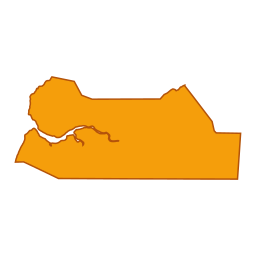 outline of Mbini, Litoral, Equatorial Guinea
{"feature_id": "11065452B69337055746076", "entity_name": "Mbini", "entity_type": "district", "adm_level": 2, "iso_a3": "GNQ", "parent_name": "Equatorial Guinea", "parent_adm1": "Litoral", "projection": "mercator", "projection_center": [9.733, 1.591], "detail": "fine", "context": "isolated", "style": "filled", "palette": "amber", "viewbox_px": 256, "rotation_deg": 0, "n_neighbors": 0, "source": "geoboundaries", "source_scale": "gbopen_adm2", "svg_char_len": 4655}
<svg xmlns="http://www.w3.org/2000/svg" viewBox="0 0 256 256"><path d="M240.6,133.3L216.2,132.9L214.2,130.8L212.1,121.5L192.8,96.2L184.9,86.0L184.9,85.1L184.3,85.3L182.5,86.2L182.4,86.2L182.3,86.3L181.7,86.9L180.9,87.0L180.7,87.0L180.4,87.2L179.3,88.6L178.2,89.9L177.2,90.1L176.3,90.7L175.7,90.5L175.3,89.8L175.2,89.7L174.9,89.5L173.2,89.0L172.9,89.0L172.7,89.0L171.1,89.9L170.9,90.0L169.0,91.6L167.3,93.0L165.7,93.8L164.9,94.2L164.3,94.5L164.2,94.5L160.2,99.0L92.1,99.2L81.7,95.3L74.2,81.4L51.9,76.9L51.8,77.0L50.9,78.4L50.4,79.4L50.1,79.9L49.7,80.3L49.0,80.5L48.5,80.6L47.7,80.6L47.0,80.7L45.9,81.3L45.5,81.9L44.9,82.7L44.5,83.4L44.2,84.2L43.4,85.1L42.7,85.6L42.4,86.0L41.3,86.2L40.3,86.3L39.5,86.3L39.0,86.5L38.4,87.3L38.1,87.9L38.0,88.4L37.8,88.7L37.3,88.5L36.9,88.5L36.6,88.9L36.3,89.6L36.1,90.5L35.4,91.4L34.8,92.1L34.4,92.9L34.1,93.3L33.5,93.6L32.8,93.8L31.9,94.1L30.9,95.0L30.4,95.9L30.0,96.7L30.1,97.5L30.3,98.2L30.5,99.1L30.3,99.8L30.1,100.5L30.2,101.7L30.4,103.0L30.3,103.7L30.3,104.5L30.1,105.4L29.8,106.6L29.9,107.7L29.4,109.1L29.0,109.8L28.8,110.4L28.8,111.5L28.8,112.3L28.6,113.2L28.5,113.9L28.6,114.5L29.2,114.8L29.8,114.7L30.4,114.8L30.7,115.2L31.0,115.8L31.4,116.9L31.7,117.7L31.9,118.2L32.2,118.6L32.6,119.3L32.8,119.7L33.5,119.8L34.3,120.2L35.4,120.9L36.0,121.8L36.1,122.3L36.7,123.7L37.2,124.6L37.7,125.3L38.0,126.1L38.1,127.2L38.0,128.1L38.1,128.5L38.9,129.5L39.8,130.2L41.3,131.2L42.2,131.6L43.1,132.3L45.0,133.2L47.2,134.5L48.5,134.8L49.8,135.3L51.3,135.7L52.5,136.1L53.3,136.0L54.4,136.0L55.6,136.9L56.8,137.5L58.5,137.5L59.8,137.3L61.1,136.7L62.6,135.6L63.9,134.8L64.9,134.1L65.6,133.1L66.9,132.2L68.0,131.2L70.2,130.0L71.6,129.7L72.7,129.1L73.9,128.4L74.7,127.7L75.7,127.0L76.6,126.9L77.4,126.7L78.5,126.4L79.9,126.1L81.6,126.0L82.3,125.8L83.4,125.7L84.1,125.7L85.3,125.9L86.8,126.5L87.5,126.8L88.5,127.1L89.3,127.0L90.1,126.6L91.1,126.3L92.0,126.1L92.7,126.2L93.2,126.5L93.7,126.9L94.4,127.8L94.8,128.7L95.3,129.3L96.1,129.7L96.8,130.3L98.1,130.9L98.7,131.2L99.6,131.6L100.6,132.2L101.4,132.5L102.5,132.8L103.5,132.9L104.5,132.9L105.3,132.6L105.7,132.5L106.3,132.4L107.1,132.9L107.8,133.3L108.3,133.8L109.0,134.4L109.5,135.0L109.7,135.8L109.7,136.3L109.6,136.9L109.3,137.7L109.4,138.3L109.8,139.4L110.2,140.1L111.0,140.6L111.4,140.7L112.2,140.9L113.4,141.0L114.6,140.9L115.6,140.8L116.7,140.7L117.5,140.6L118.3,140.6L118.5,140.7L118.6,140.8L118.5,141.0L118.1,141.2L117.7,141.2L117.2,141.0L116.6,141.2L115.3,141.4L114.0,141.5L113.1,141.5L112.1,141.5L111.1,141.4L110.1,141.0L109.3,140.2L108.8,139.3L108.6,138.9L108.6,138.4L108.7,137.9L108.8,137.3L108.9,136.4L108.8,135.5L108.4,134.9L107.9,134.2L107.4,133.7L106.8,133.3L106.1,133.2L105.1,133.6L104.2,133.7L102.7,133.7L100.6,133.7L99.8,133.6L98.7,133.0L97.7,132.5L96.9,132.0L96.4,131.7L95.6,130.7L94.4,129.8L93.0,128.6L91.2,127.7L90.3,127.8L89.1,127.9L87.9,127.8L87.3,127.6L86.3,127.4L85.5,127.6L85.0,127.7L84.3,127.5L82.9,128.3L81.7,128.6L79.9,129.2L78.6,129.4L77.4,129.6L76.4,129.6L75.7,130.2L74.9,131.1L74.0,132.2L74.2,133.2L75.0,133.9L75.7,134.6L76.0,135.2L75.9,136.5L75.9,137.5L76.4,138.3L77.1,138.8L77.9,139.4L79.3,139.5L80.5,140.1L81.6,140.8L82.9,142.0L83.5,142.3L83.7,143.2L83.6,143.9L83.4,144.7L82.9,145.2L82.8,144.0L82.8,143.2L82.3,142.4L81.9,142.1L80.9,140.9L80.3,141.0L79.6,141.0L79.0,141.4L78.5,141.9L77.6,142.0L77.1,141.7L76.6,141.0L75.6,139.8L75.0,138.8L74.7,137.6L74.4,136.8L74.0,135.7L73.6,135.1L73.3,134.9L72.6,134.9L71.3,135.1L70.7,135.2L69.8,135.3L68.6,135.7L67.7,135.8L67.1,135.9L66.8,136.6L66.7,137.7L66.7,138.2L66.4,138.7L65.9,139.4L64.9,140.2L64.1,140.4L63.0,140.5L62.1,140.5L61.1,140.7L60.4,141.2L59.8,141.8L58.6,142.5L58.2,142.7L57.6,143.0L56.8,143.2L55.5,143.4L54.0,143.3L53.1,143.2L52.5,143.1L51.8,143.2L51.2,143.3L50.8,143.8L50.6,144.0L50.6,144.3L50.9,144.6L51.3,145.2L51.3,145.6L51.1,145.9L50.9,145.8L50.3,145.3L50.0,145.0L49.7,144.6L49.6,144.1L50.0,143.5L50.1,143.0L48.8,142.2L47.6,141.3L46.4,140.4L45.7,139.5L45.1,138.8L44.5,138.6L43.3,138.1L42.1,137.5L41.0,136.9L39.7,136.2L39.2,135.4L38.8,134.2L38.0,133.1L37.4,131.9L37.0,131.1L36.4,130.4L35.7,129.5L34.7,128.6L33.9,128.3L32.8,128.8L31.9,129.8L31.0,130.4L30.4,130.4L30.1,130.4L29.2,131.1L28.5,132.0L28.0,132.6L26.9,133.7L25.3,134.6L24.9,135.1L24.8,136.0L24.8,136.7L24.9,138.1L24.8,139.1L24.5,140.5L24.1,141.2L23.8,142.1L23.5,142.9L23.0,143.5L22.2,145.1L21.5,146.1L20.6,147.8L20.1,149.0L19.3,150.8L18.6,152.3L18.2,153.8L17.5,154.9L17.0,156.1L16.6,157.7L16.1,158.9L15.9,159.8L15.7,160.7L15.4,162.1L23.6,161.9L32.4,166.0L58.5,178.5L131.9,178.8L132.8,178.8L173.3,178.9L173.5,178.9L192.8,179.0L237.5,179.1L238.4,166.0L239.4,151.3L240.6,133.3Z" fill="#f59e0b" stroke="#b45309" stroke-width="1.5"/></svg>